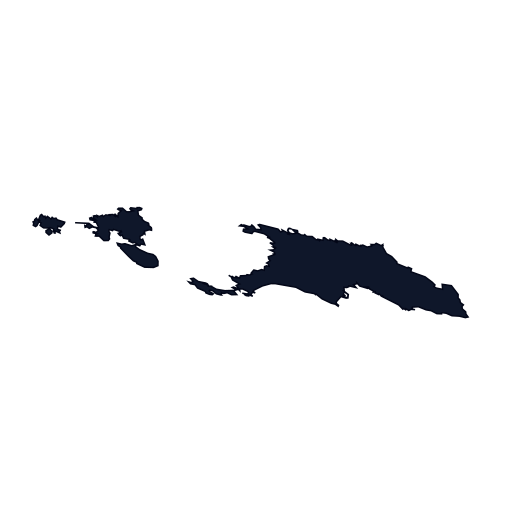 Ørland nor, Sør-Trøndelag, Norway (Equal Earth projection), rotated 22°
{"feature_id": "86288312B48706769721538", "entity_name": "Ørland nor", "entity_type": "district", "adm_level": 2, "iso_a3": "NOR", "parent_name": "Norway", "parent_adm1": "Sør-Trøndelag", "projection": "equal_earth", "projection_center": [9.588, 63.69], "detail": "fine", "context": "isolated", "style": "filled", "palette": "ink", "viewbox_px": 512, "rotation_deg": 22, "n_neighbors": 0, "source": "geoboundaries", "source_scale": "gbopen_adm2", "svg_char_len": 6083}
<svg xmlns="http://www.w3.org/2000/svg" viewBox="0 0 512 512"><g transform="rotate(22 256 256)"><path d="M475.5,233.1L472.4,231.2L471.3,229.2L467.2,227.8L465.9,225.7L466.6,223.6L462.9,222.6L461.4,220.3L459.1,219.2L457.8,215.9L448.3,210.3L439.2,212.5L441.5,217.0L435.1,218.2L432.4,217.7L432.8,215.8L429.3,214.3L420.6,212.0L405.4,212.6L405.0,209.5L401.3,209.4L401.2,210.4L389.3,210.3L389.0,208.9L382.0,205.7L376.0,204.9L370.1,200.2L369.9,198.9L369.2,199.1L369.5,198.5L369.3,197.9L368.1,199.5L362.7,199.2L361.7,201.0L359.2,201.9L360.1,202.1L359.7,203.2L358.3,201.8L359.0,203.9L355.6,206.1L350.3,205.8L351.2,206.0L349.1,206.9L349.7,207.8L349.1,208.0L343.4,207.6L345.9,208.0L344.2,209.2L339.1,207.8L341.2,208.8L339.3,208.9L340.6,210.3L340.1,210.6L330.9,209.7L326.1,211.5L324.5,211.0L325.4,212.0L322.9,211.5L326.7,213.3L318.4,212.8L318.9,213.8L316.3,214.3L312.8,213.3L311.6,213.8L312.2,216.4L307.9,217.1L310.0,218.3L307.6,217.7L305.6,218.4L300.8,216.9L295.6,218.8L293.1,217.9L292.6,218.9L290.0,219.6L285.0,218.9L285.6,217.9L284.9,216.9L279.8,217.8L284.9,219.8L281.6,221.8L278.2,222.0L276.0,220.5L276.2,218.2L278.7,217.6L276.8,217.7L275.8,218.3L275.7,220.4L279.0,223.5L277.2,223.9L276.2,222.7L270.5,222.1L271.4,223.1L269.8,224.5L266.4,222.8L247.5,225.4L246.4,226.4L249.7,227.9L250.8,229.7L245.6,231.4L243.5,229.8L242.9,229.8L241.9,229.2L239.8,228.6L241.5,229.2L238.8,231.3L234.1,231.7L235.8,232.8L230.6,232.4L229.5,234.2L233.4,233.1L238.3,233.9L234.4,235.8L234.8,237.8L236.9,238.0L243.8,236.7L244.5,234.2L246.1,233.5L255.3,232.3L262.4,233.6L259.2,234.6L261.7,234.5L268.3,236.5L268.6,237.3L263.9,238.6L267.7,239.4L268.3,240.3L269.9,240.6L268.4,241.3L271.0,241.8L270.0,243.7L267.0,245.2L272.4,245.5L271.6,245.8L272.6,246.8L271.5,247.6L272.5,247.9L267.7,252.1L268.8,253.9L271.0,255.0L268.5,258.5L270.6,258.8L272.0,260.7L269.5,261.1L267.9,262.6L269.0,266.2L266.2,266.5L263.2,269.2L259.2,269.8L257.9,273.7L259.2,274.1L257.1,276.1L254.6,276.7L254.2,277.8L249.0,280.2L249.0,282.8L244.5,282.4L246.5,283.3L243.2,284.3L241.8,283.8L241.3,284.1L242.5,284.5L241.8,284.8L237.9,284.1L242.2,285.0L241.8,285.6L243.3,287.0L251.3,288.1L248.7,290.7L251.1,291.9L250.7,293.0L246.8,293.2L245.8,294.1L249.7,294.6L249.3,295.7L252.1,293.5L254.0,294.3L253.1,292.8L255.8,291.6L261.8,291.9L262.9,292.5L262.4,294.4L257.2,295.6L260.2,295.1L260.0,296.1L261.7,296.4L264.2,295.8L263.6,294.6L268.0,294.6L265.5,293.5L266.6,290.8L269.1,290.6L266.5,289.8L267.0,288.3L273.2,281.3L280.2,276.0L284.3,274.4L304.8,270.0L314.9,270.9L324.3,269.0L326.3,269.8L325.6,269.2L326.3,268.9L333.3,271.0L343.4,271.6L347.6,271.0L351.0,271.8L351.0,270.8L348.3,269.9L347.6,268.5L349.9,261.8L355.3,261.3L357.5,260.2L351.2,261.2L351.5,259.6L353.9,259.5L351.3,258.7L351.3,256.2L355.7,257.2L356.3,259.2L356.6,259.2L356.0,257.1L349.9,255.4L350.6,254.7L349.2,252.2L352.0,251.2L353.6,249.7L353.3,248.9L360.7,247.8L357.1,246.0L360.1,243.8L359.7,243.2L363.5,245.0L371.9,244.2L372.5,243.7L370.1,243.4L372.1,242.5L373.7,244.0L378.0,244.5L378.2,245.6L379.9,244.5L380.2,245.6L384.1,245.8L384.2,245.0L387.4,246.1L388.8,244.9L387.8,246.3L406.7,247.9L412.1,250.3L412.7,249.3L414.9,249.8L414.8,248.7L418.0,249.3L419.9,247.3L423.6,246.2L421.7,246.6L420.1,246.0L420.2,244.8L425.6,242.2L433.9,242.2L438.9,241.1L445.3,241.7L449.7,240.1L449.4,239.5L450.3,238.7L453.8,237.8L460.0,238.0L467.1,235.6L473.2,234.7L475.5,233.1ZM129.5,258.5L132.4,256.0L132.3,254.7L129.9,254.7L127.6,255.7L128.0,256.6L121.8,258.2L121.4,259.4L122.4,260.1L125.4,260.1L122.2,262.4L119.4,263.5L114.3,261.7L110.7,263.2L110.2,264.3L111.0,264.6L114.1,264.5L112.3,268.1L113.2,271.4L109.1,269.8L111.6,272.3L107.8,271.1L104.6,272.6L105.3,273.1L101.3,274.2L99.7,276.7L98.4,275.7L95.8,278.1L93.4,278.0L94.1,279.2L91.8,278.8L90.3,279.8L91.2,281.7L93.8,282.5L91.5,283.0L89.1,281.9L87.6,283.2L88.6,284.6L93.7,283.5L94.4,284.4L93.2,284.4L93.2,285.2L95.3,284.7L99.4,288.3L99.2,289.0L94.6,289.8L88.8,288.3L75.8,292.9L88.1,288.7L89.6,289.3L87.7,289.4L87.2,291.3L88.0,292.2L85.9,291.9L86.8,293.5L88.3,292.2L91.1,292.8L93.3,290.4L97.1,289.7L100.3,291.0L99.0,294.1L96.5,294.2L95.9,294.8L96.4,295.6L100.3,295.0L99.4,295.9L99.6,297.7L103.2,296.3L109.2,298.7L113.2,297.0L113.8,295.0L112.7,293.5L112.0,289.5L110.3,288.3L110.0,286.5L113.5,286.2L113.9,284.7L119.6,284.3L121.4,283.1L122.3,284.0L120.8,285.4L121.5,286.8L119.1,286.4L121.6,287.7L122.8,288.0L124.1,286.7L126.6,289.1L132.2,288.0L133.2,288.4L133.2,289.3L131.9,289.7L136.8,290.0L138.5,288.8L141.4,289.5L136.9,293.1L129.9,293.7L127.0,295.4L122.5,296.1L124.2,297.9L127.4,298.5L127.6,299.4L138.0,304.0L144.1,306.4L147.8,306.5L148.3,307.6L156.9,308.1L165.3,305.0L168.7,301.7L167.1,297.5L163.1,294.1L159.9,293.2L154.5,294.1L145.4,293.7L140.9,292.6L140.5,291.3L141.2,290.3L144.4,290.1L144.8,288.0L148.8,287.3L144.6,282.8L143.3,284.1L142.0,283.6L141.0,281.3L143.2,278.7L143.3,277.1L144.8,277.4L143.3,274.8L147.2,271.7L149.5,271.3L149.1,270.1L148.3,268.9L144.5,267.7L144.8,266.7L143.9,265.8L139.8,265.8L136.7,264.7L136.1,263.3L131.8,262.3L129.5,258.5ZM58.1,296.9L56.4,295.8L54.4,297.1L52.5,296.5L52.1,298.5L47.7,297.4L46.9,299.7L45.4,298.1L44.4,299.1L41.7,297.8L40.8,299.0L40.8,303.8L43.2,304.7L40.7,304.8L38.2,303.1L37.2,305.2L37.7,306.4L36.5,307.9L37.6,308.8L38.0,311.0L40.6,311.3L41.5,309.9L41.9,305.8L44.5,305.9L44.3,308.5L48.5,309.5L53.3,307.7L53.9,308.5L51.8,311.2L52.5,312.8L56.2,314.1L58.1,311.0L57.7,309.7L54.4,308.0L54.3,306.8L58.3,306.6L58.6,308.5L60.4,310.3L61.2,309.9L59.8,308.0L65.5,308.1L63.9,306.2L65.5,305.3L61.9,305.7L61.1,302.5L64.2,302.3L66.1,297.7L65.7,296.4L66.7,296.2L58.1,296.9ZM249.2,295.8L240.2,299.8L231.6,301.7L225.7,300.9L226.9,300.6L225.5,300.8L223.1,301.9L222.7,300.8L217.9,301.2L219.0,300.1L222.0,300.1L219.5,299.9L212.0,301.3L206.4,300.0L204.0,301.5L207.2,303.0L205.9,304.9L203.3,305.2L205.7,306.3L210.2,305.4L213.8,307.6L222.3,307.8L223.4,309.0L227.2,309.0L229.9,308.3L230.6,307.0L226.3,306.4L225.5,305.7L225.9,304.9L228.8,304.4L233.4,305.9L238.0,305.3L238.5,305.1L237.5,304.7L238.5,303.5L237.8,302.7L240.1,302.8L243.1,300.8L247.8,301.1L252.6,299.0L248.7,296.9L249.2,295.8Z" fill="#0f172a" stroke="#020617" stroke-width="1.5"/></g></svg>